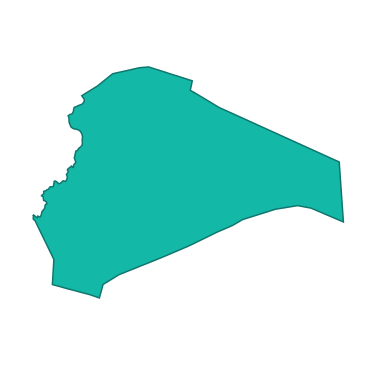 outline of San Miguel Tilquiápam, Oaxaca, Mexico, rotated 98°
{"feature_id": "50627088B17922622757176", "entity_name": "San Miguel Tilquiápam", "entity_type": "district", "adm_level": 2, "iso_a3": "MEX", "parent_name": "Mexico", "parent_adm1": "Oaxaca", "projection": "mercator", "projection_center": [-96.563, 16.786], "detail": "fine", "context": "isolated", "style": "filled", "palette": "teal", "viewbox_px": 384, "rotation_deg": 98, "n_neighbors": 0, "source": "geoboundaries", "source_scale": "gbopen_adm2", "svg_char_len": 2010}
<svg xmlns="http://www.w3.org/2000/svg" viewBox="0 0 384 384"><g transform="rotate(98 192 192)"><path d="M100.2,300.4L112.0,314.6L115.1,311.7L117.0,311.3L119.6,312.5L120.5,313.4L121.4,315.0L122.3,316.8L123.5,318.3L124.5,320.4L126.4,320.7L128.8,320.7L131.2,321.5L132.1,323.4L133.7,325.3L136.0,324.1L138.3,323.8L140.8,323.1L142.5,321.9L144.2,321.2L145.3,319.4L145.9,317.7L146.0,314.9L146.4,313.1L147.4,311.0L149.8,309.2L152.1,308.2L154.1,308.0L156.2,308.0L158.3,307.4L161.1,307.4L162.6,308.4L164.8,310.4L166.5,311.0L167.8,312.8L169.8,312.8L171.7,313.1L173.5,312.9L174.4,313.4L175.5,312.8L178.7,311.2L179.4,311.5L181.1,312.7L181.7,312.9L182.3,313.0L182.9,313.0L184.0,312.8L184.3,313.1L184.0,313.9L183.2,314.7L183.1,315.1L184.1,315.7L184.9,316.7L186.8,318.3L187.8,318.4L188.2,317.9L189.1,317.5L190.1,317.7L192.1,318.8L193.3,318.1L194.9,317.4L196.3,317.7L197.5,317.8L199.1,318.9L198.8,320.9L199.4,321.8L201.6,323.4L202.4,324.7L200.4,328.1L200.1,329.1L200.8,330.1L201.4,329.7L203.1,330.0L205.9,330.1L206.3,330.6L206.5,333.0L206.9,333.4L207.7,333.9L208.8,334.1L209.5,334.9L210.0,335.9L210.7,336.7L211.3,337.2L211.5,338.0L212.1,339.0L213.6,338.6L214.5,338.6L215.9,340.1L216.7,340.5L217.3,339.1L217.9,338.4L219.1,338.4L221.1,337.7L221.2,336.2L222.5,334.5L224.4,334.2L224.6,335.2L225.9,335.7L227.6,335.5L229.0,335.8L232.2,337.8L235.5,338.1L237.6,338.7L237.9,339.5L237.3,341.3L239.0,341.6L238.5,342.8L236.8,345.6L237.4,346.1L238.8,345.4L239.7,345.7L240.7,345.5L241.6,344.8L241.6,343.9L278.0,319.4L302.9,317.4L303.1,317.4L305.3,300.6L307.2,284.6L307.9,278.8L309.8,269.0L296.0,267.2L295.5,266.6L295.3,266.4L284.1,252.9L273.1,233.8L261.5,213.6L245.7,187.4L230.1,164.3L228.4,161.8L219.4,147.1L212.3,138.1L197.5,107.1L190.8,85.5L191.4,72.0L200.6,37.9L141.8,50.4L104.5,177.0L94.7,200.0L93.1,203.9L93.4,204.0L93.2,204.4L92.7,204.8L92.2,206.1L91.5,207.9L85.6,207.4L84.4,207.4L83.5,207.3L82.4,207.2L81.9,207.2L74.2,252.3L76.2,261.2L85.0,284.6L86.0,287.1L100.2,300.4Z" fill="#14b8a6" stroke="#0f766e" stroke-width="1.5"/></g></svg>